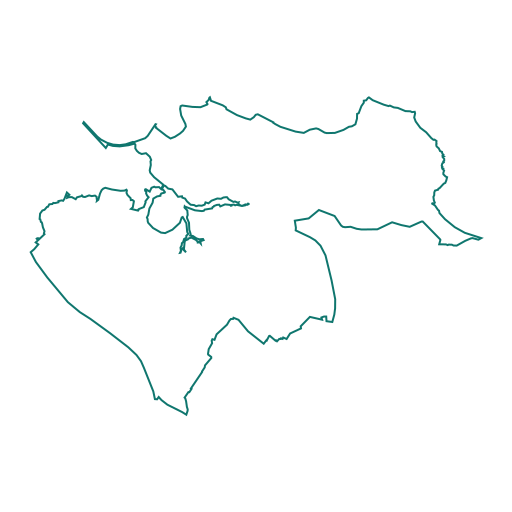 ÅrÄkei Local Board Area, Auckland, New Zealand (Mercator projection)
{"feature_id": "76426892B76499292811538", "entity_name": "ÅrÄkei Local Board Area", "entity_type": "district", "adm_level": 2, "iso_a3": "NZL", "parent_name": "New Zealand", "parent_adm1": "Auckland", "projection": "mercator", "projection_center": [174.831, -36.875], "detail": "fine", "context": "isolated", "style": "outline", "palette": "teal", "viewbox_px": 512, "rotation_deg": 0, "n_neighbors": 0, "source": "geoboundaries", "source_scale": "gbopen_adm2", "svg_char_len": 6048}
<svg xmlns="http://www.w3.org/2000/svg" viewBox="0 0 512 512"><path d="M83.1,123.3L105.8,148.0L107.9,144.5L112.8,145.9L119.7,146.4L128.7,145.2L134.6,143.6L135.4,144.8L135.3,148.4L136.9,150.9L139.0,152.8L141.7,154.0L146.0,153.2L149.8,156.7L151.2,160.0L150.5,161.3L150.8,165.0L149.7,170.3L150.2,172.6L154.1,177.2L163.3,184.7L161.1,189.0L159.0,187.1L155.4,187.3L154.2,186.7L151.5,187.8L149.7,191.6L145.8,189.2L145.1,189.5L145.1,190.7L146.3,191.9L146.1,193.4L147.1,195.6L148.6,197.2L145.4,201.3L145.6,202.4L143.8,207.1L138.8,209.1L137.9,209.9L138.3,210.3L138.1,210.6L131.0,208.9L132.8,207.3L133.9,201.2L132.5,200.0L130.8,200.1L130.6,198.2L127.5,195.0L126.5,192.9L126.9,190.4L126.4,189.7L124.5,190.6L120.6,190.8L111.9,189.5L105.3,187.8L103.3,188.6L101.6,190.2L100.0,193.6L98.3,199.8L96.9,200.9L97.2,199.2L96.7,198.9L96.6,196.8L95.0,195.6L91.7,196.1L89.1,195.4L85.0,197.0L83.1,196.8L82.0,195.5L81.7,196.0L77.0,197.3L75.7,199.2L71.8,197.1L68.7,197.2L67.2,197.8L67.6,195.8L68.1,195.9L69.4,194.8L66.9,192.5L64.5,198.7L63.1,200.8L61.7,200.4L58.4,201.1L58.4,202.3L54.9,203.1L53.3,202.9L52.4,204.0L49.3,204.3L47.9,206.8L47.0,206.9L44.5,209.8L42.4,210.5L40.1,213.6L39.6,219.0L40.3,219.4L40.9,221.9L41.7,222.3L42.1,223.3L42.9,227.3L44.5,231.2L43.9,233.4L44.5,234.2L39.4,239.0L38.8,238.4L38.1,239.2L37.2,238.3L36.7,238.7L38.1,240.2L35.7,242.4L38.3,244.4L34.2,249.2L30.7,252.2L35.9,262.0L47.3,277.5L67.9,302.2L79.8,312.1L90.4,318.9L110.2,333.3L128.3,347.3L136.5,355.0L141.0,361.2L143.9,367.8L153.3,391.4L154.9,399.1L157.1,399.3L158.7,397.0L161.5,400.1L167.4,404.7L182.2,412.1L186.3,414.7L187.6,410.8L187.7,409.4L186.9,406.9L186.1,401.3L185.3,398.4L184.6,397.6L188.4,392.1L189.3,392.2L191.5,388.9L190.9,388.5L202.1,372.0L202.0,371.5L204.7,367.4L205.0,365.4L211.3,358.0L211.2,356.9L208.2,354.6L208.0,354.0L208.7,349.2L212.1,343.2L211.7,340.7L212.4,339.2L214.5,339.8L216.6,334.3L227.0,324.7L229.4,320.6L230.9,319.0L233.1,318.9L233.5,317.8L238.5,319.8L248.0,331.3L263.7,343.7L266.5,340.1L266.8,340.4L269.1,336.0L269.8,335.8L275.5,340.7L276.0,340.3L277.0,341.3L279.3,338.9L280.8,339.0L281.1,338.3L282.6,338.9L283.2,337.5L286.6,339.0L290.1,333.5L301.0,328.4L300.7,326.3L309.9,316.9L322.1,319.7L321.4,317.5L324.1,316.5L326.2,316.5L326.5,321.2L332.3,322.0L334.3,314.6L335.1,308.4L335.2,299.2L331.6,280.6L325.5,255.4L320.5,245.7L315.3,240.4L310.0,237.2L295.7,230.4L295.9,227.7L294.8,220.7L308.7,218.4L318.9,210.0L334.6,216.0L341.1,225.5L342.8,226.8L345.1,227.2L350.6,226.8L356.7,228.8L361.6,229.5L377.4,229.3L392.1,222.3L401.4,225.1L409.7,226.8L421.6,221.5L422.7,221.5L440.0,239.2L440.4,239.9L439.2,244.3L445.9,244.4L447.7,245.1L448.7,244.6L451.9,244.7L453.5,245.5L456.7,245.6L465.3,240.8L470.9,238.4L472.5,238.1L478.4,239.7L481.3,238.1L464.8,232.8L454.8,227.2L445.0,219.2L439.5,213.1L439.0,210.7L437.9,209.8L435.0,205.5L432.2,203.7L432.4,203.3L434.0,203.5L434.8,202.7L433.9,200.5L433.4,196.9L434.2,195.3L434.3,192.4L435.0,190.6L438.1,189.7L438.4,188.7L439.6,188.1L443.7,183.7L445.3,182.9L446.3,180.4L447.1,177.2L445.6,176.5L443.4,174.3L443.3,173.0L444.1,170.5L442.8,169.3L443.2,168.6L442.2,168.3L441.9,167.1L442.4,166.7L441.7,165.5L442.3,163.4L443.8,162.3L443.3,161.4L444.2,160.7L444.2,158.9L442.6,157.0L442.6,156.4L443.6,156.2L442.7,155.5L443.4,154.7L442.3,153.6L442.0,151.9L440.1,151.1L438.8,148.4L436.6,146.4L436.2,144.8L436.6,143.9L436.3,143.3L436.5,141.0L434.5,139.6L433.4,139.8L431.3,138.1L426.2,132.3L420.3,127.8L415.7,121.5L414.2,117.5L415.1,113.3L414.7,111.8L412.0,112.1L410.3,111.3L405.4,111.1L397.8,107.9L393.8,107.4L389.9,105.6L388.6,106.1L383.8,104.7L372.7,100.2L368.9,97.4L367.9,98.0L366.2,100.3L363.8,100.7L363.8,102.7L361.4,106.1L358.7,113.2L357.1,113.9L357.0,118.6L355.4,124.3L351.9,126.3L348.9,126.8L343.5,129.9L334.9,132.9L326.8,133.1L324.6,132.6L318.4,129.0L316.1,128.4L309.8,129.7L303.8,132.9L295.6,131.6L280.4,126.8L275.3,124.1L273.2,122.7L273.3,122.3L257.8,114.3L255.7,114.8L253.8,117.2L250.3,119.6L245.8,118.4L237.0,115.1L226.5,109.3L225.8,107.3L222.7,105.3L211.0,100.8L209.9,97.3L209.4,97.7L208.7,99.9L206.4,102.1L207.5,104.1L207.1,104.6L200.5,107.2L192.4,106.9L182.2,105.5L180.6,106.2L180.1,109.0L181.2,115.5L185.4,124.0L185.9,126.6L183.0,130.9L180.0,133.5L174.9,136.8L170.5,138.5L166.3,135.8L156.0,127.8L156.2,127.3L154.7,126.1L155.9,124.3L155.5,124.2L147.7,135.9L145.2,138.2L134.1,142.1L132.9,141.9L125.7,144.3L119.7,145.1L113.1,144.6L107.1,142.8L101.0,139.6L97.3,136.6L83.8,122.1L83.1,123.3ZM163.8,185.6L165.3,185.9L168.2,188.6L172.4,189.4L178.1,196.8L182.0,196.3L182.3,197.6L185.1,198.6L187.0,201.4L190.6,204.7L194.2,205.1L196.1,206.2L198.7,205.5L201.8,205.7L204.7,204.6L205.5,202.4L208.5,203.3L211.5,200.7L217.3,198.5L221.0,198.8L223.4,197.5L225.9,197.2L227.0,197.2L228.7,199.3L233.4,201.9L235.0,201.5L237.6,202.6L238.5,202.4L238.2,203.0L238.9,204.3L240.9,205.7L242.8,205.6L245.4,204.4L247.1,204.6L248.0,203.6L248.6,203.8L249.1,204.7L248.0,203.8L247.2,204.8L245.6,204.8L245.3,205.3L242.0,206.0L236.6,204.8L235.1,205.3L233.9,204.6L231.7,204.9L231.6,205.6L230.9,205.8L230.0,204.9L225.0,204.4L220.3,206.4L219.2,204.7L216.9,204.9L214.0,206.0L213.7,206.6L212.6,207.1L212.1,208.4L204.7,209.6L203.8,210.8L201.9,211.1L194.9,210.3L185.8,206.9L185.6,207.3L184.7,206.4L184.5,207.6L187.3,210.5L187.7,215.0L187.0,216.9L187.1,218.3L189.0,222.8L189.3,229.8L190.5,233.5L190.7,234.8L190.2,235.5L192.9,236.0L196.5,238.4L199.4,239.3L203.0,239.0L203.6,240.1L200.3,241.3L200.7,243.5L199.0,241.6L197.8,242.6L197.8,243.5L197.6,241.6L195.9,239.9L191.4,237.6L188.9,238.3L187.9,239.4L185.3,240.5L184.7,241.6L183.9,249.5L186.0,252.3L183.8,250.1L182.8,248.2L181.6,249.4L180.5,252.7L180.0,252.8L180.9,250.9L180.5,247.6L181.7,245.3L181.9,243.2L183.1,242.1L184.1,239.0L186.4,237.7L186.3,235.8L188.2,233.9L187.2,231.9L186.4,223.4L182.7,217.0L181.7,217.5L179.9,222.8L172.4,229.7L165.1,233.1L161.0,232.6L153.0,228.0L148.2,222.8L147.7,221.3L147.6,219.1L146.9,217.5L148.3,214.7L149.4,208.5L152.6,202.7L153.3,198.6L157.1,196.4L160.4,195.8L160.5,194.7L161.3,193.5L164.6,192.6L164.9,192.1L163.4,190.0L161.8,189.4L163.8,185.6Z" fill="none" stroke="#0f766e" stroke-width="2"/></svg>